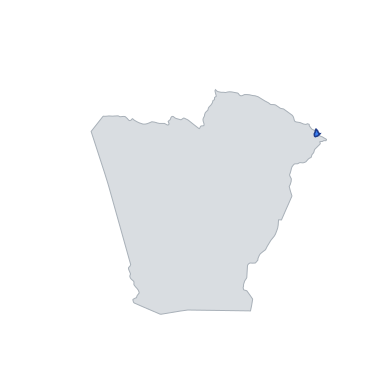 location of Annaba within Algeria, rotated 36°
{"feature_id": "DZA-2163", "entity_name": "Annaba", "entity_type": "Province", "adm_level": 1, "iso_a3": "DZA", "parent_name": "Algeria", "parent_adm1": "", "projection": "natural_earth1", "projection_center": [7.527, 36.848], "detail": "fine", "context": "in_parent", "style": "filled", "palette": "blue", "viewbox_px": 384, "rotation_deg": 36, "n_neighbors": 0, "source": "natural_earth", "source_scale": "10m", "svg_char_len": 4425}
<svg xmlns="http://www.w3.org/2000/svg" viewBox="0 0 384 384"><g transform="rotate(36 192 192)"><path d="M269.9,70.4L270.2,71.1L270.2,71.8L269.2,72.5L268.5,72.8L267.7,74.6L266.1,75.8L265.9,76.1L265.9,76.4L266.9,77.0L267.3,77.5L267.4,78.2L267.0,80.6L266.3,85.0L266.3,85.9L266.7,87.0L267.1,87.9L267.3,88.9L267.1,91.3L267.6,92.7L268.0,94.1L267.1,95.7L266.7,97.1L266.5,99.2L266.4,100.5L265.8,101.7L265.0,102.8L264.2,103.5L263.1,104.1L261.9,104.9L260.9,107.0L258.7,108.8L258.3,109.4L258.1,110.8L258.1,112.8L258.5,114.3L259.5,116.7L260.4,119.2L260.7,120.5L261.0,121.0L262.3,121.8L264.5,122.9L264.9,123.4L266.0,125.2L267.1,128.3L267.4,130.4L271.3,133.6L275.1,136.4L275.3,136.8L277.4,146.4L278.1,149.8L280.8,162.0L279.7,162.7L278.4,163.6L279.4,165.3L281.1,168.0L282.2,170.2L282.6,171.1L283.4,173.8L284.1,176.4L284.3,177.3L284.5,179.3L284.2,184.9L284.8,191.9L285.4,195.5L284.4,198.7L283.6,201.7L283.6,203.2L284.1,205.6L284.6,207.4L285.3,208.3L285.1,211.3L284.9,212.3L282.9,213.9L280.7,215.3L280.1,216.5L279.9,217.9L280.2,219.0L286.6,229.0L286.8,230.0L286.9,232.9L288.0,236.4L289.1,238.0L289.5,239.2L290.3,240.0L291.1,240.6L291.6,240.7L294.4,239.7L299.3,241.3L303.8,242.9L304.2,243.3L306.9,248.7L309.2,253.8L257.9,290.0L252.2,295.5L238.9,309.0L237.9,309.6L220.3,313.6L211.2,315.6L210.8,315.7L210.3,315.7L209.9,315.7L209.1,315.3L208.2,314.5L207.6,314.1L207.4,313.5L207.8,312.6L208.2,311.9L208.4,311.3L208.7,310.8L209.1,310.4L209.2,309.9L208.8,309.1L208.5,307.9L208.6,305.7L208.6,304.7L207.7,303.9L206.2,303.0L204.7,302.5L204.0,302.3L202.4,302.0L200.2,301.4L199.4,301.0L198.0,299.0L197.3,298.5L194.0,298.2L192.8,297.8L191.9,297.3L191.2,296.7L190.7,295.6L190.6,294.7L190.3,294.3L186.7,292.1L185.7,291.4L185.2,290.7L185.2,289.7L185.4,288.5L185.2,287.4L185.1,286.8L121.1,236.2L117.7,233.6L109.9,227.8L74.8,202.3L75.5,184.1L75.6,183.1L75.8,182.7L77.0,182.0L78.8,180.5L79.5,179.8L80.4,179.1L83.5,177.1L84.1,176.5L87.1,174.1L87.8,173.7L89.4,173.5L90.1,173.0L91.0,172.1L92.3,171.0L93.2,170.5L93.4,170.4L93.9,170.3L96.6,170.6L97.7,170.9L99.1,171.1L99.5,170.9L99.9,170.6L100.4,169.8L100.5,168.9L100.6,168.1L100.7,167.8L100.9,167.6L101.5,167.7L102.3,167.8L103.9,167.8L104.4,167.7L106.3,167.5L108.9,167.0L112.6,165.8L114.4,164.4L115.7,162.9L117.1,160.7L118.2,158.8L120.4,157.6L122.2,156.9L123.2,156.6L125.5,155.6L129.4,152.7L132.6,152.3L133.0,152.0L133.5,151.5L133.5,150.6L133.0,150.0L132.4,149.7L131.9,149.3L131.5,149.2L131.2,148.8L131.4,148.0L131.5,147.3L131.8,146.6L131.7,145.5L131.3,144.5L131.2,143.8L131.3,143.0L131.5,142.5L132.2,142.1L132.9,141.9L134.0,142.1L135.8,141.9L140.6,140.1L140.9,139.5L141.3,138.3L141.7,137.2L142.1,136.9L142.4,136.8L146.2,136.1L147.1,136.1L154.1,136.4L160.2,136.6L160.7,136.4L160.7,135.6L160.4,134.1L160.6,133.2L161.5,132.4L162.6,131.4L162.1,130.3L161.3,129.5L160.1,128.6L159.5,128.2L158.4,127.1L157.8,125.8L157.4,123.2L156.6,121.7L156.1,119.8L156.7,116.4L155.9,114.4L155.8,113.5L155.9,112.4L156.2,110.6L156.1,108.1L155.2,105.5L155.7,104.6L155.9,104.1L155.8,103.7L155.0,102.9L154.7,102.2L154.9,101.6L155.3,100.6L155.3,100.2L154.0,99.1L151.7,97.2L151.0,96.4L150.8,95.4L153.0,95.7L154.1,95.5L156.8,94.3L159.0,92.7L160.6,91.9L162.1,90.1L163.4,88.9L165.3,87.7L170.8,85.1L171.6,85.1L173.4,85.7L175.0,85.5L176.0,84.5L177.2,82.3L179.0,81.0L181.3,79.6L184.4,78.3L186.4,77.1L189.5,76.1L197.4,75.5L201.5,74.9L204.2,75.0L207.0,73.1L208.4,72.5L214.4,72.3L217.3,71.0L228.0,71.0L229.3,71.4L230.6,72.2L232.8,74.0L233.9,74.4L235.3,74.0L238.6,72.3L242.4,71.4L244.4,70.4L245.3,68.9L247.0,68.4L248.0,69.5L251.8,70.7L254.2,70.3L255.2,70.0L254.9,68.3L257.4,68.7L259.3,69.6L261.3,71.2L262.6,71.5L265.0,70.8L269.9,70.4Z" fill="#d9dde1" stroke="#a8b0b8" stroke-width="1"/><path d="M255.5,68.5L255.8,68.5L255.8,68.4L256.0,68.5L256.3,68.6L256.7,68.4L256.8,68.4L256.9,68.5L257.0,68.6L257.0,68.8L257.4,68.9L257.5,68.9L257.6,69.0L257.8,68.9L258.0,68.8L258.4,69.1L258.7,69.5L259.1,69.7L259.6,69.8L259.8,69.7L260.0,69.7L260.2,69.8L260.3,69.9L260.4,70.0L260.5,70.1L261.0,70.0L261.3,69.7L261.3,69.9L261.2,70.2L261.1,70.5L261.3,70.7L261.1,71.1L260.9,71.2L260.9,72.5L260.8,72.8L260.6,72.8L260.4,73.0L260.2,73.5L259.9,73.8L259.8,74.1L259.5,74.5L259.4,74.7L259.2,74.8L258.8,74.8L258.6,74.8L258.3,74.7L258.1,74.6L257.9,74.5L257.8,74.3L257.8,74.1L257.7,73.9L257.6,73.7L256.8,73.3L256.7,72.4L256.5,71.8L256.5,71.6L256.6,71.4L256.6,71.2L256.4,70.9L256.2,70.8L256.0,70.5L255.5,68.6L255.5,68.5Z" fill="#3b82f6" stroke="#1e3a8a" stroke-width="1.5"/></g></svg>